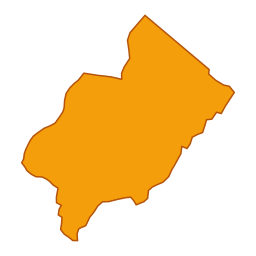 the district of Santo Antônio de Goiás, Goiás, Brazil
{"feature_id": "56859067B61095479911818", "entity_name": "Santo Antônio de Goiás", "entity_type": "district", "adm_level": 2, "iso_a3": "BRA", "parent_name": "Brazil", "parent_adm1": "Goiás", "projection": "albers", "projection_center": [-49.306, -16.477], "detail": "fine", "context": "isolated", "style": "filled", "palette": "amber", "viewbox_px": 256, "rotation_deg": 0, "n_neighbors": 0, "source": "geoboundaries", "source_scale": "gbopen_adm2", "svg_char_len": 1188}
<svg xmlns="http://www.w3.org/2000/svg" viewBox="0 0 256 256"><path d="M83.9,73.2L78.3,80.2L74.6,83.1L69.9,87.8L66.1,93.5L64.6,100.4L64.1,108.0L62.8,111.9L60.5,115.5L55.1,123.1L50.1,125.8L44.1,128.3L37.8,132.7L33.4,136.1L30.4,140.1L28.2,144.4L25.8,149.4L24.3,153.6L23.7,158.8L21.7,162.8L24.9,167.0L26.9,170.6L31.2,174.2L35.9,176.7L42.2,177.0L46.7,179.2L49.9,181.6L53.1,185.0L58.0,188.1L56.4,197.1L56.5,202.7L61.3,205.4L59.1,209.3L58.3,214.9L62.0,217.3L61.6,223.3L60.6,229.5L64.3,234.2L68.9,237.3L72.7,240.5L77.5,240.6L77.1,233.6L78.9,228.6L85.8,225.6L89.7,217.3L94.0,212.0L97.7,206.1L102.5,201.8L108.7,201.6L117.5,199.4L125.0,197.8L130.6,197.1L133.6,200.5L136.2,204.8L143.9,201.7L147.6,198.4L148.5,190.4L152.7,186.8L157.3,184.6L162.8,182.3L168.7,176.7L171.6,170.2L175.1,164.2L180.9,153.7L181.8,146.4L187.0,148.5L190.1,144.0L192.3,137.2L197.4,134.5L202.6,132.5L205.0,125.1L206.5,119.8L211.9,119.1L216.5,112.3L221.3,113.5L225.4,106.0L234.3,92.4L229.3,86.3L223.5,85.0L215.6,80.2L208.7,74.0L209.1,69.5L145.0,15.4L130.0,32.7L127.5,40.3L128.9,50.2L129.7,58.5L124.3,66.8L121.6,73.3L121.7,79.3L111.3,76.9L105.4,76.2L97.4,75.3L83.9,73.2Z" fill="#f59e0b" stroke="#b45309" stroke-width="1.5"/></svg>